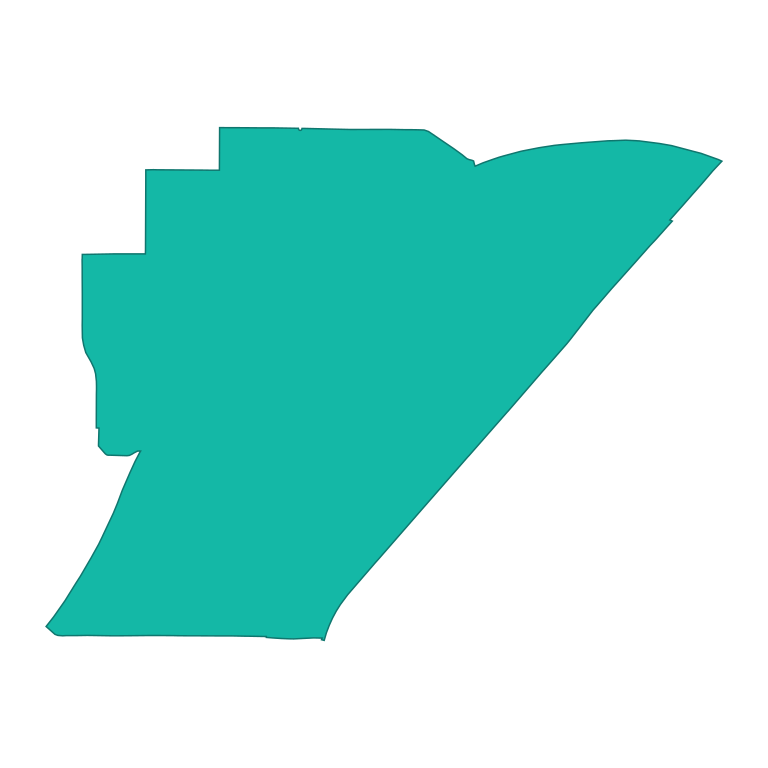 Subiaco, Western Australia, Australia (Equal Earth projection)
{"feature_id": "25037944B24614013246759", "entity_name": "Subiaco", "entity_type": "district", "adm_level": 2, "iso_a3": "AUS", "parent_name": "Australia", "parent_adm1": "Western Australia", "projection": "equal_earth", "projection_center": [115.818, -31.953], "detail": "fine", "context": "isolated", "style": "filled", "palette": "teal", "viewbox_px": 768, "rotation_deg": 0, "n_neighbors": 0, "source": "geoboundaries", "source_scale": "gbopen_adm2", "svg_char_len": 2775}
<svg xmlns="http://www.w3.org/2000/svg" viewBox="0 0 768 768"><path d="M82.3,254.4L82.3,254.8L82.2,258.8L82.1,259.3L82.2,268.5L82.2,276.8L82.3,293.3L82.3,319.0L82.2,325.4L82.4,337.9L83.7,345.3L85.8,352.6L91.0,361.7L94.2,368.5L95.6,373.8L96.4,381.3L96.5,386.0L96.5,389.7L96.4,394.2L96.3,418.5L96.3,425.4L96.3,427.9L99.0,428.1L98.5,444.4L98.5,446.0L104.4,452.8L105.4,453.9L106.4,454.6L107.1,455.0L108.3,455.2L110.5,455.2L127.0,455.7L129.4,455.4L132.1,454.1L134.0,452.9L137.5,451.1L139.7,451.0L140.6,451.1L140.0,452.0L135.1,461.4L129.8,473.0L122.3,490.3L118.6,500.2L117.4,503.4L113.3,513.3L103.0,535.2L102.6,536.1L98.7,544.2L93.4,553.7L91.3,557.5L80.4,576.2L76.2,582.7L73.7,586.7L65.0,600.7L53.7,616.8L46.1,626.5L54.0,633.5L54.9,634.3L57.8,635.4L62.7,635.8L66.0,635.6L75.2,635.6L87.3,635.4L94.2,635.5L112.2,635.8L117.3,635.8L130.4,635.7L140.0,635.6L149.0,635.5L155.0,635.5L158.5,635.5L173.4,635.6L177.4,635.7L188.8,635.8L197.6,635.8L217.5,635.9L228.3,635.9L231.2,635.9L246.5,636.2L248.6,636.2L264.9,636.5L266.3,636.5L266.3,637.4L272.2,637.9L281.5,638.5L288.8,638.8L293.7,638.9L313.6,637.9L322.2,638.1L321.5,639.7L324.2,640.4L326.4,632.8L329.3,625.2L332.6,617.9L336.3,611.0L340.4,604.5L347.6,594.8L374.7,563.4L377.2,560.6L380.2,557.2L421.7,509.6L439.1,489.7L467.6,457.1L469.2,455.4L507.0,412.3L508.4,410.8L512.2,406.4L542.3,371.6L547.2,366.1L566.7,343.9L570.1,339.7L582.3,324.0L583.3,322.7L584.1,321.7L592.9,310.3L600.5,301.6L601.1,300.9L611.7,288.6L616.3,283.5L625.4,273.3L633.0,264.8L642.4,254.2L644.1,252.3L650.0,245.6L655.7,239.6L659.1,235.8L666.6,227.4L671.2,222.3L672.3,221.1L669.8,220.0L685.0,202.9L685.6,202.2L692.6,194.2L701.8,183.8L709.0,175.4L712.8,170.9L717.1,166.3L721.9,161.2L718.5,159.6L700.9,153.3L693.1,151.3L671.6,145.6L659.5,143.5L657.2,143.2L647.0,141.9L639.2,140.9L636.9,140.8L636.2,140.7L625.7,140.2L617.8,140.5L615.2,140.6L612.9,140.7L608.0,140.8L593.4,141.9L587.9,142.3L581.4,142.8L562.7,144.5L554.1,145.4L552.3,145.7L542.4,147.2L538.7,147.8L522.3,151.0L520.5,151.4L503.0,156.1L502.4,156.3L499.2,157.2L493.3,159.2L483.1,162.8L475.1,166.2L474.4,164.3L473.6,161.0L472.0,160.3L469.1,159.6L466.9,158.7L462.2,154.8L453.8,148.7L440.1,139.4L437.2,137.4L428.5,131.5L424.2,130.0L417.8,129.8L411.6,129.7L409.2,129.7L405.9,129.7L389.5,129.4L350.4,129.5L332.6,129.1L303.5,128.4L302.0,128.4L301.9,128.9L301.8,129.3L301.5,129.7L301.2,130.1L300.8,130.3L300.4,130.4L300.0,130.4L299.6,130.3L299.2,130.1L298.9,129.7L298.6,129.3L298.5,128.9L298.4,128.3L273.9,127.9L261.8,127.9L252.1,127.8L237.5,127.7L229.2,127.7L219.6,127.6L219.4,170.2L209.8,170.2L201.9,170.1L157.2,169.8L153.4,169.7L145.8,169.9L145.8,178.7L145.5,249.8L145.4,253.9L135.1,253.9L131.6,253.9L131.3,253.9L113.6,253.9L91.4,254.3L85.4,254.4L82.3,254.4Z" fill="#14b8a6" stroke="#0f766e" stroke-width="1.5"/></svg>